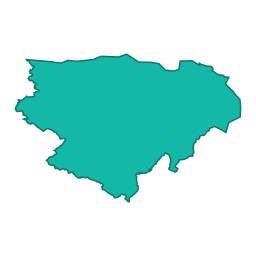 outline of Cengel, Bayan-Ölgiy, Mongolia
{"feature_id": "93677404B33913875876720", "entity_name": "Cengel", "entity_type": "district", "adm_level": 2, "iso_a3": "MNG", "parent_name": "Mongolia", "parent_adm1": "Bayan-Ölgiy", "projection": "natural_earth1", "projection_center": [88.102, 48.774], "detail": "fine", "context": "isolated", "style": "filled", "palette": "teal", "viewbox_px": 256, "rotation_deg": 0, "n_neighbors": 0, "source": "geoboundaries", "source_scale": "gbopen_adm2", "svg_char_len": 5724}
<svg xmlns="http://www.w3.org/2000/svg" viewBox="0 0 256 256"><path d="M129.2,201.7L129.2,197.7L130.3,197.4L132.2,195.8L133.1,194.9L134.9,193.6L135.9,192.3L137.2,191.1L137.5,190.0L137.8,189.8L138.3,188.5L138.4,187.1L138.2,186.5L138.1,186.1L136.9,185.2L136.7,184.6L137.3,183.2L136.6,182.0L136.6,176.7L135.9,175.5L136.3,173.7L137.7,174.4L138.4,174.3L139.7,173.8L139.4,173.4L139.0,173.3L139.3,172.7L139.5,172.7L139.3,173.0L140.3,173.5L140.5,173.4L141.3,172.5L141.6,172.8L141.2,173.0L141.9,173.4L145.8,173.0L148.7,171.4L148.9,170.6L149.8,169.2L150.1,169.5L149.1,171.4L149.9,171.3L150.6,170.4L151.4,170.0L152.2,167.1L153.1,166.5L154.1,165.0L155.5,164.1L156.1,164.0L156.5,163.0L156.4,161.6L157.3,161.5L157.9,160.2L159.0,159.4L158.9,159.8L159.2,159.7L159.4,158.9L160.3,158.2L160.6,157.4L161.3,156.9L162.2,155.8L163.9,155.3L164.1,154.4L165.0,153.4L165.0,153.0L165.4,152.9L166.4,153.4L167.0,154.1L168.4,154.3L169.4,155.8L170.0,157.7L170.7,158.7L170.6,160.1L170.9,161.3L170.9,161.8L170.6,162.0L170.5,162.7L170.2,163.1L169.8,164.8L170.1,165.4L169.9,166.1L170.0,167.1L169.1,167.8L168.8,168.8L169.4,169.4L170.8,170.5L173.0,170.8L174.2,171.4L174.8,172.2L176.1,171.7L177.0,170.6L177.6,169.4L177.7,168.5L175.8,167.3L175.3,166.6L175.2,165.8L178.9,161.7L178.6,160.1L179.1,159.8L179.5,160.1L180.7,159.7L182.1,159.7L185.1,159.0L187.5,157.8L189.3,156.1L192.8,156.1L192.6,154.4L193.0,153.6L193.7,153.0L193.9,152.4L193.7,151.9L193.8,151.4L193.4,150.4L193.5,149.3L193.2,149.1L192.8,147.9L193.3,147.0L193.3,146.7L193.6,145.8L193.6,145.1L193.8,144.5L193.8,143.5L194.1,143.1L195.4,142.5L196.0,141.2L195.7,140.5L196.5,139.4L198.3,139.5L198.9,139.0L199.7,137.9L199.5,136.7L199.8,136.3L200.7,135.7L202.3,135.3L203.0,135.3L204.5,135.0L205.6,133.6L205.7,132.8L207.4,131.3L208.3,131.1L209.4,130.2L209.6,129.9L209.4,128.9L209.5,128.5L210.4,127.9L212.0,127.6L214.4,126.4L220.8,129.4L225.9,132.5L228.8,122.6L240.2,116.9L240.6,106.7L239.9,99.6L234.5,93.6L233.4,91.7L225.4,84.0L228.8,77.3L228.8,77.1L226.7,77.2L224.4,76.6L223.9,75.9L222.7,75.1L221.9,75.0L220.6,75.7L219.7,74.7L217.6,74.4L214.7,72.4L213.9,71.6L213.1,71.5L212.9,71.1L212.3,71.1L212.3,70.5L213.0,69.3L212.6,67.9L212.0,67.1L210.6,66.3L207.1,66.1L201.7,64.6L199.4,63.3L199.6,65.3L192.1,60.8L180.2,61.1L178.9,69.2L174.0,71.1L165.6,70.2L158.9,63.7L150.5,62.3L138.8,62.1L126.6,54.2L118.7,57.0L101.0,56.3L93.3,59.5L77.3,61.3L67.7,60.4L61.5,63.0L53.2,62.2L52.2,61.8L26.4,59.6L27.3,61.0L28.2,60.4L28.9,60.6L29.4,61.3L29.2,62.3L30.5,63.9L31.1,64.1L31.1,64.5L32.2,66.0L33.9,66.1L34.0,66.5L33.9,67.4L32.6,68.3L32.5,69.2L32.1,69.8L31.4,70.1L30.9,69.8L30.2,70.0L30.1,70.7L29.6,71.3L29.8,71.6L29.7,72.3L30.3,73.2L31.2,73.2L32.0,73.7L32.0,74.3L32.3,74.6L31.9,75.1L31.9,75.7L31.6,76.0L30.5,76.1L29.5,76.6L29.1,77.1L29.1,77.6L28.3,78.5L28.7,78.8L28.9,79.8L29.7,80.4L31.5,80.8L32.2,80.6L32.9,80.6L33.5,82.7L35.0,82.9L35.4,83.2L35.5,83.6L36.3,84.0L36.2,84.4L35.3,84.8L34.4,86.3L34.5,86.8L35.1,87.3L34.4,87.7L34.4,88.1L35.0,88.7L36.6,89.3L37.0,89.7L38.4,89.7L38.9,90.5L38.2,91.5L36.9,91.8L36.1,91.7L35.1,92.6L34.1,92.9L34.2,93.7L34.0,94.6L34.7,96.0L34.3,96.6L32.4,96.8L31.8,97.1L31.4,96.9L29.9,96.8L28.7,97.1L27.9,96.9L26.5,96.2L25.7,97.6L24.1,98.4L23.1,99.7L22.3,100.3L21.5,100.6L21.1,100.2L19.4,100.2L18.3,99.8L18.1,100.2L18.8,100.7L19.7,102.0L17.9,102.6L18.1,103.9L17.1,104.8L17.0,105.5L16.3,106.2L15.4,108.6L15.9,109.2L15.9,110.1L16.1,110.7L17.1,111.5L17.6,111.6L22.0,110.8L22.7,111.8L22.7,112.4L23.1,112.8L23.6,113.7L23.6,114.2L23.2,114.4L23.4,115.1L23.7,115.3L24.8,115.3L26.4,115.6L26.2,116.1L26.6,116.9L27.2,117.8L28.1,118.2L27.6,118.9L27.1,119.0L24.6,118.7L23.5,119.1L24.7,119.5L25.0,119.8L25.7,119.8L26.3,120.3L26.4,121.0L27.1,121.5L26.9,121.9L27.0,122.3L28.2,123.2L29.2,123.7L30.3,123.7L30.9,124.1L31.4,123.3L32.5,123.0L33.5,123.8L34.9,124.2L35.3,125.3L36.8,126.0L37.2,127.0L38.6,127.9L39.7,128.2L40.3,129.0L42.0,130.1L42.5,130.7L43.7,131.3L45.0,130.1L45.1,129.7L47.1,128.6L48.7,128.6L49.5,129.4L50.8,129.6L51.4,130.1L52.9,130.4L52.9,130.8L53.5,131.0L53.8,131.7L54.3,132.0L55.4,132.4L56.4,132.3L56.6,133.5L58.6,135.5L59.7,137.3L59.9,138.4L60.5,139.1L63.0,138.3L65.2,138.6L65.6,139.0L64.9,140.4L65.0,141.3L63.2,142.7L63.3,143.5L62.6,144.7L60.7,145.4L60.0,146.1L60.0,146.7L57.5,147.8L56.5,148.8L56.0,148.9L55.4,150.1L54.3,150.5L55.5,151.0L55.9,152.1L56.8,153.1L56.7,153.9L55.8,154.3L55.0,154.2L54.6,154.9L52.4,156.6L51.3,156.5L50.3,157.2L49.7,157.2L49.5,157.6L48.6,158.0L48.5,158.6L46.4,160.4L48.1,161.9L48.5,164.0L49.6,164.4L50.2,165.0L50.8,165.2L51.6,165.3L52.5,164.8L53.7,165.7L54.7,166.0L54.8,167.3L54.7,167.8L55.6,168.6L55.9,168.7L57.3,168.2L59.7,170.0L61.2,169.3L62.0,169.4L62.3,168.9L63.2,168.6L63.9,168.8L64.2,169.5L64.9,170.0L65.9,169.3L66.5,169.3L66.8,169.6L67.0,170.0L67.8,170.4L67.8,171.3L68.2,172.5L69.1,173.3L71.4,172.3L73.0,172.3L72.9,172.8L73.3,173.8L73.7,174.1L74.3,174.1L75.4,175.8L76.5,176.7L77.2,177.0L77.6,177.6L80.0,178.3L80.5,177.5L81.8,177.3L82.5,176.9L83.4,177.0L84.2,177.5L85.1,177.6L85.7,177.9L87.1,177.2L87.8,177.6L88.5,177.4L88.9,178.6L89.9,178.9L90.6,179.5L93.1,180.1L94.2,180.1L94.5,180.7L96.3,181.0L97.1,182.0L98.3,181.9L98.9,182.4L99.5,182.3L99.7,182.8L100.3,183.4L102.0,183.6L103.3,184.8L102.8,185.1L102.6,186.0L102.3,186.5L101.8,186.7L101.7,187.1L102.3,187.8L102.4,188.3L102.2,188.9L102.5,189.4L103.2,189.7L104.1,189.7L104.7,189.9L106.2,191.2L106.7,191.4L107.1,192.1L108.2,193.0L109.6,193.5L110.7,194.5L112.9,195.3L114.5,197.8L115.3,197.9L116.6,197.5L117.0,197.1L118.0,197.1L119.1,196.2L119.9,196.1L120.4,195.5L120.3,194.8L121.3,194.2L122.2,194.2L123.2,194.8L124.3,194.7L125.1,195.2L125.8,195.3L125.8,196.1L126.4,196.7L126.3,197.5L125.1,198.1L125.1,198.7L126.5,200.0L127.3,200.4L127.9,201.5L128.6,201.8L129.2,201.7Z" fill="#14b8a6" stroke="#0f766e" stroke-width="1.5"/></svg>